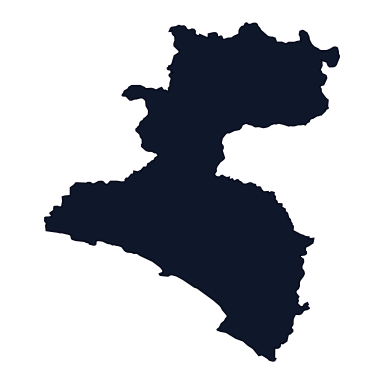 outline of Nandayure, Guanacaste, Costa Rica
{"feature_id": "36466004B45904534583509", "entity_name": "Nandayure", "entity_type": "district", "adm_level": 2, "iso_a3": "CRI", "parent_name": "Costa Rica", "parent_adm1": "Guanacaste", "projection": "mercator", "projection_center": [-85.275, 9.901], "detail": "fine", "context": "isolated", "style": "filled", "palette": "ink", "viewbox_px": 384, "rotation_deg": 0, "n_neighbors": 0, "source": "geoboundaries", "source_scale": "gbopen_adm2", "svg_char_len": 5920}
<svg xmlns="http://www.w3.org/2000/svg" viewBox="0 0 384 384"><path d="M326.6,78.2L326.2,76.0L324.9,74.9L322.0,73.8L321.2,71.6L320.0,69.9L322.0,65.5L321.5,60.2L326.8,61.9L328.2,65.4L329.5,66.7L333.4,66.6L335.3,65.8L336.3,64.4L339.2,57.1L339.2,55.7L338.1,53.6L338.3,52.2L337.3,48.0L335.7,47.2L333.7,47.3L330.2,49.4L326.8,50.7L321.6,50.8L319.5,50.4L318.4,49.1L314.1,47.0L311.4,44.2L309.2,39.9L308.8,37.0L307.0,33.1L303.6,30.8L302.5,30.5L300.0,31.4L299.4,34.7L300.5,36.6L300.8,41.0L296.3,41.8L294.7,42.5L288.7,42.5L285.9,44.0L281.7,42.3L276.5,42.4L275.0,38.2L272.4,37.3L269.6,37.2L267.5,36.3L260.6,30.3L259.9,28.7L257.6,26.0L257.1,24.3L255.7,23.4L253.2,23.4L250.6,24.5L248.5,24.6L246.7,23.0L245.7,23.3L245.0,23.9L244.4,25.7L243.6,26.3L242.0,26.5L240.3,28.2L239.2,30.5L239.2,33.4L238.3,34.5L234.4,36.2L231.6,38.2L228.0,38.3L224.5,39.5L222.7,39.4L221.7,36.5L220.9,36.1L218.2,37.3L217.4,36.0L217.2,34.3L215.9,32.9L213.3,32.9L208.4,34.0L208.5,37.4L206.7,37.6L199.7,34.5L199.1,35.9L197.4,35.7L195.0,34.1L195.2,31.1L194.0,29.5L191.9,29.1L190.3,29.9L188.3,30.1L186.5,29.0L185.6,27.1L184.0,26.0L180.7,26.3L179.7,25.6L178.3,25.6L176.3,26.8L171.6,27.5L170.6,28.4L169.4,31.3L172.0,31.1L172.6,34.1L174.9,36.4L175.2,40.4L174.1,43.5L174.1,45.8L178.4,50.0L179.2,50.0L179.2,52.8L174.4,55.8L172.1,63.8L170.7,65.6L168.7,66.1L168.7,67.5L167.4,68.0L167.4,68.7L168.2,69.6L170.9,69.8L171.1,71.4L172.6,72.4L171.4,72.6L169.2,74.8L169.4,76.0L171.1,77.5L171.3,79.1L170.1,83.1L170.1,86.4L168.5,88.2L169.0,90.0L168.5,91.0L167.1,91.2L165.2,90.2L163.8,90.9L161.6,87.6L158.6,88.8L157.1,89.9L154.8,90.0L154.0,89.2L151.6,88.5L145.9,88.8L144.0,87.4L140.3,85.7L131.8,85.7L129.2,87.1L127.9,89.1L124.4,91.1L123.9,92.7L122.3,94.9L122.3,95.5L122.8,95.8L126.1,96.0L129.8,99.9L131.6,100.0L134.2,98.9L136.4,98.8L140.7,97.6L143.0,97.9L145.8,100.5L146.3,106.0L148.5,109.7L148.7,110.8L148.5,114.7L145.6,117.8L144.1,118.6L142.9,120.7L141.4,121.3L140.2,122.6L139.5,125.9L138.2,126.6L138.0,127.4L136.0,129.2L136.2,130.8L139.9,134.1L140.5,136.8L142.3,139.1L142.5,143.3L141.6,144.9L141.8,146.6L146.2,150.4L148.4,151.1L152.2,151.2L154.4,152.6L156.5,152.7L158.3,155.4L158.0,156.2L155.2,157.9L153.8,160.6L151.9,161.1L150.0,162.8L147.8,163.9L147.1,166.8L146.0,167.3L143.7,167.3L141.1,170.4L137.7,172.0L133.9,171.2L133.8,174.0L131.4,174.4L128.1,178.4L126.6,178.2L126.0,178.6L125.2,179.8L125.5,181.4L124.8,181.9L121.7,182.2L117.1,181.4L110.5,181.4L107.4,184.6L105.2,184.2L103.3,182.0L101.9,181.4L98.7,181.6L94.1,184.0L92.3,184.0L90.3,182.6L87.6,182.6L86.3,183.4L76.0,182.9L73.8,185.4L70.5,187.7L70.4,195.7L64.8,196.2L62.4,196.9L62.8,201.1L61.8,206.5L60.7,207.1L59.2,207.1L57.6,206.4L54.4,206.6L54.0,207.0L53.8,210.5L50.1,212.9L50.1,213.6L51.7,215.0L51.2,216.6L49.8,217.1L45.6,217.3L44.9,217.7L44.8,221.1L46.5,223.1L46.3,225.4L45.8,225.4L46.3,230.5L58.7,232.2L59.5,232.6L62.0,232.6L69.8,234.4L71.2,235.9L71.5,238.2L72.2,239.2L75.8,240.3L85.0,241.3L85.9,242.1L89.0,242.8L89.5,244.0L93.8,245.0L94.9,244.9L95.8,244.0L95.8,242.1L96.3,240.7L98.6,240.4L102.6,240.9L107.6,243.3L110.7,243.7L112.3,244.7L115.0,244.6L116.3,245.2L118.4,245.4L121.8,246.6L124.8,250.6L127.1,251.9L131.8,252.3L133.5,253.2L137.2,253.2L140.0,255.2L152.6,261.1L160.7,267.2L162.9,270.1L163.0,271.9L162.5,272.7L159.4,273.8L159.7,274.7L160.3,275.2L168.0,276.0L170.2,274.7L171.7,274.5L176.6,275.8L182.9,279.2L194.6,287.1L197.2,287.9L213.4,299.7L219.7,305.1L221.4,307.2L222.5,309.6L226.6,314.5L227.4,315.8L227.4,317.0L225.9,318.5L224.3,321.4L221.5,323.5L219.4,327.8L217.2,329.5L217.5,330.1L220.4,331.1L226.2,332.2L236.1,338.3L243.2,340.8L248.0,345.1L253.1,348.4L258.9,355.5L261.9,354.7L267.6,358.2L269.5,360.1L273.0,361.0L274.6,360.6L275.8,358.6L274.4,358.0L274.6,348.0L277.5,348.1L278.8,347.7L280.0,346.5L280.5,343.3L282.9,343.6L286.7,341.1L287.9,335.3L288.6,334.2L290.4,333.7L292.7,331.3L292.6,329.8L291.1,328.2L291.1,327.3L292.8,324.5L293.0,319.0L295.1,314.6L295.6,314.2L299.4,314.4L301.5,313.5L303.3,310.8L304.4,310.0L307.0,309.5L309.1,308.4L308.9,307.7L307.3,306.5L307.6,304.9L308.2,304.5L307.3,302.7L304.3,304.3L303.5,306.0L302.2,307.0L300.5,306.7L297.6,303.9L297.3,302.6L298.1,301.4L298.2,300.3L297.4,299.0L298.7,296.7L296.1,293.5L295.7,290.8L298.3,288.5L299.2,286.2L299.2,282.6L299.8,280.6L303.3,275.8L304.2,273.6L303.7,271.3L301.7,268.4L301.8,265.9L303.5,262.0L303.3,259.3L300.2,257.1L300.3,255.4L304.7,254.8L306.3,253.6L306.2,251.6L305.7,251.4L305.1,250.2L305.5,247.5L306.2,246.7L308.5,245.7L312.8,242.9L313.7,238.4L309.1,238.9L308.9,237.0L305.7,236.8L302.6,235.2L301.2,235.0L292.9,230.6L293.2,226.2L291.7,224.6L291.9,223.4L290.7,222.0L290.2,219.4L288.7,218.1L287.3,213.1L285.1,211.6L285.1,209.1L281.8,207.3L281.6,206.2L282.0,205.1L281.7,203.9L277.2,203.8L277.0,201.4L275.0,199.4L275.3,196.5L273.7,194.8L274.1,192.6L271.7,191.9L268.6,193.0L268.2,191.7L263.6,192.0L261.3,189.5L260.4,187.3L258.9,186.9L256.7,187.3L255.6,185.8L255.4,184.6L253.0,184.1L251.5,183.1L249.9,182.9L246.2,184.3L243.2,184.2L240.8,181.9L239.5,181.5L237.9,179.8L237.0,179.8L234.8,181.1L233.8,181.1L232.3,178.9L229.9,179.7L228.9,179.5L229.3,177.2L226.9,177.8L224.4,176.8L222.5,175.4L221.1,175.7L219.7,177.1L216.9,176.9L215.5,176.1L214.2,174.1L216.2,171.1L216.0,168.3L217.0,166.1L220.1,161.8L223.5,159.3L224.4,157.9L222.0,150.3L223.0,148.6L223.1,146.4L221.2,143.7L221.2,142.6L222.1,138.2L225.9,133.3L227.3,132.7L229.3,132.7L234.1,130.4L239.2,129.4L241.0,127.7L242.2,124.9L245.2,123.3L246.8,123.3L249.4,124.4L251.6,124.7L255.2,126.7L258.8,126.4L263.5,127.5L266.7,126.9L268.9,126.0L270.5,124.8L274.1,123.5L276.1,123.8L278.6,123.0L283.8,124.2L288.8,125.9L290.6,125.3L292.0,125.7L294.7,125.6L297.9,124.6L301.5,124.6L302.8,124.0L305.4,124.8L306.6,122.9L309.1,121.6L309.8,119.4L311.7,118.3L312.9,118.2L317.1,115.6L318.6,115.6L320.1,114.7L321.0,115.0L325.4,110.7L325.6,109.7L328.2,108.0L327.4,106.3L328.0,100.1L325.7,98.3L321.2,92.2L320.9,88.6L319.6,87.2L320.7,85.5L323.6,84.7L326.6,78.2Z" fill="#0f172a" stroke="#020617" stroke-width="1.5"/></svg>